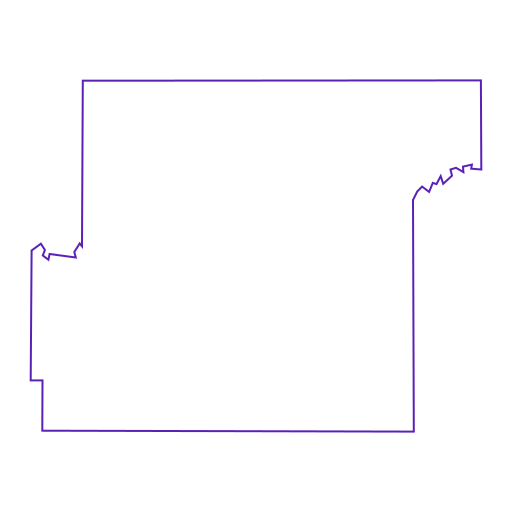 Jackson, South Dakota, United States of America (orthographic projection)
{"feature_id": "52423323B47922460114210", "entity_name": "Jackson", "entity_type": "district", "adm_level": 2, "iso_a3": "USA", "parent_name": "United States of America", "parent_adm1": "South Dakota", "projection": "orthographic", "projection_center": [-101.56, 43.692], "detail": "fine", "context": "isolated", "style": "outline", "palette": "violet", "viewbox_px": 512, "rotation_deg": 0, "n_neighbors": 0, "source": "geoboundaries", "source_scale": "gbopen_adm2", "svg_char_len": 517}
<svg xmlns="http://www.w3.org/2000/svg" viewBox="0 0 512 512"><path d="M413.8,431.6L413.0,200.0L417.3,191.4L422.1,186.6L429.1,191.9L432.8,182.9L436.5,184.1L440.7,176.1L443.2,183.8L452.0,175.7L450.5,169.5L456.0,167.8L463.4,172.1L463.0,166.6L471.9,164.6L471.2,168.7L481.3,169.5L480.9,80.4L87.7,80.7L82.8,80.7L82.0,246.3L79.7,243.5L74.3,252.0L75.8,257.5L49.6,254.0L48.4,259.7L42.8,255.5L44.9,250.0L40.9,243.7L31.6,250.5L30.7,380.4L42.5,380.4L42.3,430.7L413.8,431.6Z" fill="none" stroke="#5b21b6" stroke-width="2"/></svg>